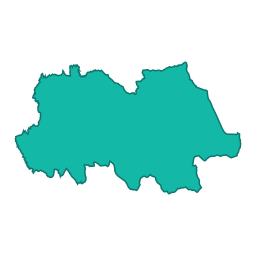 Ruhango, Southern, Rwanda (Equal Earth projection)
{"feature_id": "39286606B52583425373362", "entity_name": "Ruhango", "entity_type": "district", "adm_level": 2, "iso_a3": "RWA", "parent_name": "Rwanda", "parent_adm1": "Southern", "projection": "equal_earth", "projection_center": [29.754, -2.193], "detail": "fine", "context": "isolated", "style": "filled", "palette": "teal", "viewbox_px": 256, "rotation_deg": 0, "n_neighbors": 0, "source": "geoboundaries", "source_scale": "gbopen_adm2", "svg_char_len": 5626}
<svg xmlns="http://www.w3.org/2000/svg" viewBox="0 0 256 256"><path d="M236.9,155.7L237.2,155.0L237.1,153.9L238.5,152.0L239.2,148.5L239.8,148.2L240.2,147.4L240.4,145.7L240.6,143.6L240.2,141.6L240.4,140.6L240.3,139.9L239.4,138.5L239.6,137.4L239.4,136.3L239.6,134.0L237.6,133.0L237.4,134.0L236.8,134.4L226.6,134.1L224.2,132.1L222.2,128.5L215.7,113.9L212.2,106.8L211.6,104.9L210.3,101.9L208.2,98.6L207.4,93.8L207.3,91.2L206.0,90.1L204.9,90.3L196.4,87.1L195.9,86.7L196.2,86.1L194.5,84.9L193.1,82.7L192.6,82.6L192.2,80.8L191.5,80.1L190.4,80.2L190.0,79.1L189.6,79.1L189.8,78.2L188.7,74.1L186.9,71.5L186.4,68.8L186.7,68.3L186.6,67.2L187.2,66.4L186.4,62.9L185.5,62.3L184.3,62.6L182.0,64.6L180.3,65.2L179.2,64.9L177.7,66.0L177.5,65.7L176.7,66.5L174.5,65.9L173.3,66.8L170.6,67.4L169.6,66.7L167.3,68.0L166.3,68.2L164.6,69.6L163.6,69.9L162.5,70.8L160.7,70.9L160.0,70.4L157.9,70.3L154.9,70.8L153.9,70.2L152.5,70.1L150.4,71.1L148.2,69.9L147.4,69.8L142.9,70.3L142.3,72.7L142.7,73.2L143.5,75.5L143.8,75.7L144.1,75.5L144.6,78.2L143.9,78.2L143.7,79.0L142.4,79.0L141.9,80.2L141.2,80.6L140.7,81.6L139.9,81.3L136.3,81.5L136.2,82.4L136.9,84.8L138.6,87.7L136.8,89.1L135.9,90.9L136.2,92.8L135.9,94.0L135.0,94.4L134.1,92.9L133.6,93.4L132.2,92.9L129.7,93.9L127.4,92.8L126.7,92.8L124.3,90.1L123.0,86.8L119.6,85.1L118.3,83.6L114.5,82.8L112.1,80.0L108.8,77.4L107.9,74.7L105.7,74.9L101.4,70.3L100.4,71.1L98.4,70.3L95.7,70.8L95.2,70.0L94.2,70.7L93.8,70.5L93.1,70.8L92.1,72.0L90.5,71.4L89.6,72.3L87.8,72.3L87.2,72.8L87.0,73.9L86.2,74.3L86.3,75.4L86.1,75.6L84.8,75.7L84.7,76.3L84.5,76.0L83.7,76.5L83.1,75.9L82.3,76.2L82.3,76.8L82.2,76.6L81.8,77.1L80.5,76.4L80.7,75.9L79.6,75.4L79.9,74.7L79.7,74.4L80.0,74.3L79.4,73.4L79.3,72.7L78.8,72.6L78.8,71.9L78.3,71.3L78.4,70.6L79.5,70.7L78.9,70.1L78.9,69.2L78.4,69.3L79.2,67.5L78.7,66.6L77.8,66.0L77.3,66.1L77.3,65.1L76.4,65.1L76.7,65.7L76.3,66.1L76.3,65.6L74.6,65.5L73.7,65.0L73.1,65.8L73.0,66.9L72.8,66.4L72.4,67.1L72.2,66.2L70.8,66.0L70.8,65.7L70.0,66.1L69.9,68.0L70.2,69.6L69.9,72.4L70.4,75.9L66.5,75.6L65.1,74.4L63.9,72.6L63.5,71.2L62.9,70.7L62.9,72.7L61.3,75.1L57.9,75.6L55.2,74.4L53.7,74.8L52.6,74.2L51.2,75.4L50.3,75.5L49.4,75.0L48.9,76.0L48.3,75.9L46.0,77.9L45.4,77.7L45.2,76.3L45.0,76.8L44.5,76.4L43.9,76.6L43.5,77.1L43.5,76.3L42.7,74.8L42.3,74.7L42.6,73.9L42.3,73.6L41.2,74.9L41.1,77.3L39.8,78.5L40.0,79.6L39.1,80.0L38.9,80.6L39.6,81.2L40.0,82.2L39.2,82.7L38.1,84.7L37.4,84.8L36.8,86.3L35.1,88.0L34.8,89.2L34.4,89.5L34.8,91.1L34.5,93.1L35.2,92.9L35.4,93.5L34.5,94.5L33.6,94.9L32.8,97.7L33.0,98.1L35.2,98.1L35.4,98.9L35.2,100.2L35.6,101.3L36.9,101.8L37.2,100.8L37.6,100.8L38.1,101.7L38.0,103.1L39.0,103.1L39.1,103.3L38.7,104.6L38.4,105.0L38.7,106.1L37.8,107.0L38.1,108.1L38.0,110.3L38.9,112.3L40.3,112.5L40.5,113.0L40.4,115.2L40.8,115.9L40.2,117.5L40.4,119.0L38.5,122.2L38.4,122.8L39.0,124.0L37.4,126.3L34.8,125.9L33.8,124.5L33.5,124.6L32.0,126.4L30.3,127.0L30.5,128.8L29.5,128.6L28.8,128.1L27.9,130.5L28.0,131.3L28.6,132.0L28.0,132.9L27.9,134.0L26.7,133.2L25.3,130.9L24.3,132.0L23.6,130.6L22.7,133.4L21.4,135.1L20.9,135.3L20.0,135.0L15.8,136.7L15.9,137.9L15.4,139.1L15.7,139.7L15.7,141.4L16.4,141.4L16.7,141.9L16.6,143.7L17.6,144.6L17.2,145.1L17.5,145.5L17.4,146.5L17.8,146.2L17.9,146.7L18.6,147.0L18.4,147.6L18.8,148.6L20.3,150.0L20.7,151.4L22.1,153.7L22.9,153.8L23.3,156.4L22.8,156.9L23.3,157.6L24.8,157.6L25.2,158.1L25.0,159.2L24.4,159.7L24.9,160.1L24.9,160.7L26.0,161.4L25.6,162.0L26.6,162.4L26.0,163.0L26.9,163.4L26.6,164.7L27.2,165.2L27.3,165.9L27.7,165.9L27.6,166.7L28.2,167.2L28.7,167.0L28.7,168.0L29.2,168.2L29.4,168.9L30.0,168.5L30.7,168.9L31.2,168.1L33.0,169.1L32.3,171.5L32.8,171.9L33.3,173.0L35.3,170.4L35.8,170.4L36.2,170.0L36.9,170.1L38.0,171.3L38.4,171.1L38.6,171.3L40.9,170.2L41.4,170.8L43.2,171.3L43.8,172.0L46.5,173.5L46.8,175.1L47.9,176.5L48.6,176.5L49.8,177.3L51.3,177.3L52.1,177.0L53.4,175.5L54.4,169.6L54.9,169.2L55.7,169.5L56.2,169.2L57.4,170.3L58.4,170.3L58.3,172.4L58.7,173.3L59.7,173.6L60.3,176.4L60.7,175.3L61.4,175.9L63.0,174.8L65.8,169.2L66.7,168.5L67.1,169.9L67.9,170.1L68.8,172.0L69.6,172.2L69.8,173.7L70.4,174.1L71.7,176.4L75.1,179.6L77.6,184.1L78.2,182.9L79.7,183.0L80.7,182.5L81.0,182.0L81.4,183.5L82.5,183.5L84.3,182.0L85.0,181.9L85.9,179.8L85.9,176.9L85.0,175.0L85.2,173.5L84.7,172.1L85.3,169.2L85.1,167.4L84.5,166.5L84.4,165.0L84.7,164.6L85.9,165.2L88.1,165.0L89.7,166.4L90.5,166.0L91.1,166.3L93.1,166.2L94.3,165.9L93.9,163.2L93.6,162.7L94.1,162.2L95.2,162.1L98.0,163.7L100.4,165.9L105.7,165.3L107.7,166.5L108.8,165.4L109.9,161.2L112.0,162.7L114.0,164.8L114.8,169.0L114.8,170.6L116.0,173.7L118.0,176.0L125.3,181.3L127.0,184.1L128.5,187.3L130.4,189.3L131.6,189.2L133.0,189.8L134.9,189.7L136.3,190.4L137.3,189.9L140.0,184.8L139.4,183.3L139.5,182.0L140.3,178.9L140.8,178.0L144.0,176.0L146.0,177.0L147.4,177.3L150.4,174.6L151.2,175.6L152.5,176.3L154.8,176.9L155.7,178.1L155.7,179.6L157.3,182.6L160.5,185.0L160.9,185.6L161.3,188.4L163.8,191.6L165.3,191.8L167.2,191.2L167.7,191.9L167.6,192.3L168.7,193.7L169.9,193.5L170.9,192.5L173.2,192.4L174.8,191.9L176.8,190.0L177.6,188.7L179.3,188.7L181.2,187.9L183.6,187.8L186.0,187.2L188.5,189.7L190.7,189.5L192.3,190.3L194.4,190.3L196.8,192.1L197.5,192.1L200.3,188.5L201.4,187.8L199.4,184.2L199.3,181.2L198.9,179.1L197.8,177.9L197.1,175.1L196.4,174.4L196.6,173.0L196.4,171.4L196.8,170.2L196.3,169.1L196.8,167.5L195.5,165.3L194.9,165.7L192.5,165.6L192.9,164.1L193.7,158.6L194.6,156.7L198.6,155.6L203.3,160.0L204.8,160.8L205.8,160.2L207.1,158.4L207.6,158.4L208.9,157.1L210.9,156.4L214.7,156.1L217.1,155.0L220.6,156.3L221.9,155.6L224.3,155.1L226.4,155.1L231.2,157.8L236.9,155.7Z" fill="#14b8a6" stroke="#0f766e" stroke-width="1.5"/></svg>